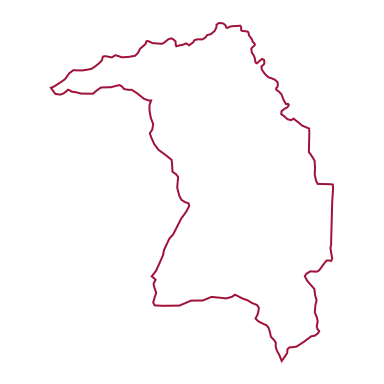 San Bautista, Canelones, Uruguay
{"feature_id": "84410073B38212099909840", "entity_name": "San Bautista", "entity_type": "district", "adm_level": 2, "iso_a3": "URY", "parent_name": "Uruguay", "parent_adm1": "Canelones", "projection": "mercator", "projection_center": [-55.97, -34.418], "detail": "fine", "context": "isolated", "style": "outline", "palette": "rose", "viewbox_px": 384, "rotation_deg": 0, "n_neighbors": 0, "source": "geoboundaries", "source_scale": "gbopen_adm2", "svg_char_len": 3145}
<svg xmlns="http://www.w3.org/2000/svg" viewBox="0 0 384 384"><path d="M309.2,128.6L302.0,125.5L298.4,122.4L295.2,120.0L293.7,118.6L291.2,120.1L287.6,119.3L284.0,116.1L281.3,114.2L281.5,111.2L284.1,109.1L287.5,107.2L288.8,105.1L288.0,103.9L286.0,104.1L283.7,100.2L281.4,94.2L278.9,91.6L276.3,89.7L276.1,88.3L277.5,86.7L277.9,84.3L277.4,82.0L274.9,79.7L270.9,78.0L268.6,77.4L265.1,74.2L263.4,71.9L261.8,69.5L261.4,66.5L264.0,64.2L264.4,62.3L264.0,59.9L262.1,58.9L259.1,61.3L257.0,63.3L255.5,62.5L254.8,58.2L253.7,55.4L251.8,52.6L251.3,48.6L252.7,47.0L254.7,45.3L254.8,44.0L254.0,42.9L252.8,42.1L252.0,39.5L249.1,35.5L248.5,32.8L247.7,31.6L245.8,31.3L243.6,31.1L241.7,30.8L241.1,30.0L241.2,27.1L240.2,25.7L236.9,26.0L233.9,26.1L230.7,26.4L227.5,27.9L226.2,27.5L225.6,25.5L223.5,23.6L221.9,23.2L218.8,23.0L216.5,24.8L216.5,27.1L214.6,31.0L210.6,34.3L207.3,35.0L205.3,37.6L202.4,39.4L197.5,39.3L194.4,40.2L193.0,42.5L189.2,45.3L187.1,44.0L185.9,43.4L183.1,44.7L180.3,45.2L176.3,46.3L175.8,44.9L175.5,41.3L173.6,39.6L171.3,38.3L168.3,39.3L164.0,42.7L161.9,43.8L152.4,43.1L150.0,41.9L148.1,41.1L146.6,41.1L145.5,44.0L143.3,46.0L140.1,48.7L137.9,53.1L135.0,55.8L128.7,56.9L121.8,57.3L118.5,56.1L115.3,55.2L111.9,57.4L109.1,56.9L106.9,56.4L104.8,56.2L102.9,56.6L102.4,58.4L102.0,60.2L99.5,62.9L94.9,66.6L91.5,68.8L88.5,69.5L85.9,69.9L82.6,70.4L79.1,70.4L73.4,70.2L69.1,73.4L65.0,79.2L60.3,82.5L53.9,86.6L50.9,87.8L55.3,93.9L60.4,94.6L63.6,93.4L66.6,91.1L68.0,89.7L70.0,90.5L71.8,91.7L75.7,92.2L81.4,93.6L93.0,93.7L96.2,90.9L101.0,87.5L111.2,87.2L116.3,85.8L119.6,85.1L122.1,86.6L124.0,89.0L128.1,89.8L131.7,89.8L137.0,93.2L144.1,98.9L149.2,100.6L151.1,100.5L149.5,105.1L149.5,110.8L150.9,118.1L153.2,124.1L152.3,129.5L149.8,133.3L151.4,137.8L154.4,144.4L158.5,149.8L165.7,155.1L171.6,159.9L172.0,163.4L172.5,171.8L176.0,174.2L178.1,176.9L177.2,187.8L179.4,196.0L181.5,199.9L184.8,202.0L188.6,203.4L189.2,206.1L186.0,212.0L181.2,218.6L173.2,234.3L169.4,238.5L164.0,250.0L163.0,255.3L159.3,263.6L156.0,270.9L151.7,276.4L154.1,278.3L155.6,279.8L154.9,281.0L153.6,283.6L154.1,286.6L156.2,292.8L154.7,297.2L153.2,302.5L154.6,305.4L162.9,305.8L179.4,305.6L191.1,300.6L202.7,300.5L211.5,296.9L226.4,298.4L232.0,296.8L235.0,294.7L242.8,298.6L247.6,300.3L251.8,302.9L257.0,305.0L258.9,307.8L258.3,311.8L257.5,314.6L255.5,318.6L258.2,321.2L262.3,323.4L266.6,325.3L268.6,327.9L269.6,330.9L270.3,333.9L270.9,336.8L274.1,340.0L275.8,342.8L275.7,346.7L276.9,350.6L279.3,355.0L281.7,361.0L285.1,356.2L287.2,352.9L287.5,349.1L289.5,347.4L292.6,347.2L296.5,346.6L303.8,341.9L311.2,336.3L314.7,335.7L316.7,334.3L318.2,333.0L319.2,331.1L317.4,328.9L316.7,326.7L317.7,321.3L316.9,317.6L314.8,312.4L315.4,305.1L316.6,300.3L315.1,295.1L314.3,288.9L309.3,283.2L307.1,280.6L305.5,277.5L304.8,276.3L306.2,273.9L310.2,271.4L313.8,271.5L316.7,271.7L319.1,270.4L324.3,263.3L326.5,260.6L329.2,260.5L331.2,260.9L332.2,258.4L331.1,252.4L330.4,248.1L331.1,244.8L331.2,238.9L332.2,201.9L333.1,188.5L332.8,184.5L330.1,184.2L317.6,183.9L316.1,180.8L314.7,174.5L315.0,167.8L314.6,160.7L310.9,154.7L308.9,152.3L309.3,133.5L309.2,128.6Z" fill="none" stroke="#9f1239" stroke-width="2"/></svg>